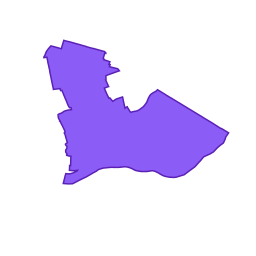 the district of Borcea, Calarasi, Romania, rotated 14°
{"feature_id": "2599482B41605099855928", "entity_name": "Borcea", "entity_type": "district", "adm_level": 2, "iso_a3": "ROU", "parent_name": "Romania", "parent_adm1": "Calarasi", "projection": "natural_earth1", "projection_center": [27.773, 44.309], "detail": "fine", "context": "isolated", "style": "filled", "palette": "violet", "viewbox_px": 256, "rotation_deg": 14, "n_neighbors": 0, "source": "geoboundaries", "source_scale": "gbopen_adm2", "svg_char_len": 5113}
<svg xmlns="http://www.w3.org/2000/svg" viewBox="0 0 256 256"><g transform="rotate(14 128 128)"><path d="M91.9,191.8L92.1,191.6L96.2,188.1L98.9,185.9L99.4,185.5L99.7,185.2L100.6,184.3L103.2,181.8L104.2,180.8L105.0,180.0L107.8,177.5L109.0,175.9L110.1,175.0L113.6,172.9L120.9,170.3L128.1,168.6L134.5,166.3L137.2,166.0L139.2,166.1L141.9,166.5L145.0,167.3L145.3,167.3L146.0,167.4L149.4,167.2L151.6,167.0L154.3,166.3L157.0,165.6L162.0,163.5L164.8,163.5L168.6,164.3L169.4,164.6L169.9,164.8L170.7,165.0L172.2,165.4L173.5,165.7L174.3,165.8L175.5,165.9L176.4,165.9L180.0,165.7L180.6,165.6L182.2,165.3L184.3,164.9L186.0,164.3L187.1,163.8L190.9,161.5L193.8,159.8L195.8,157.3L198.1,154.5L202.4,149.3L203.5,147.2L204.0,146.2L205.4,143.6L206.2,142.3L208.0,138.4L208.5,137.6L210.2,136.2L211.1,135.5L213.8,133.4L216.8,130.4L219.2,126.0L219.6,125.4L221.8,122.3L224.1,119.6L224.5,118.0L224.7,116.6L225.0,115.3L225.0,113.7L225.1,112.9L226.8,108.4L226.6,108.3L225.3,107.9L218.9,105.9L218.8,106.1L218.7,106.1L218.2,106.0L216.4,105.4L216.0,105.3L215.7,105.2L215.1,105.0L214.5,104.8L213.9,104.6L213.6,104.4L213.4,104.4L211.6,103.8L211.0,103.6L209.8,103.2L209.4,103.0L208.9,102.9L208.3,102.7L207.9,102.6L207.1,102.3L205.4,101.8L199.8,100.1L198.5,99.7L196.2,98.9L195.8,98.8L185.1,95.5L184.5,95.3L163.6,88.8L163.0,88.6L162.4,88.4L162.1,88.4L161.8,88.3L161.5,88.2L158.6,87.3L158.3,87.3L158.3,87.2L157.8,87.1L157.5,87.0L156.5,86.6L155.2,86.2L154.0,85.8L153.6,85.7L151.8,85.1L151.2,84.9L150.6,84.7L148.8,84.2L147.4,83.7L147.2,84.0L146.4,85.3L145.6,86.2L144.4,87.2L143.6,88.0L142.2,89.6L141.9,90.1L141.3,91.2L141.2,92.0L140.7,93.4L139.9,98.7L138.6,101.9L137.5,104.0L136.7,104.9L134.6,107.5L133.7,108.3L132.0,109.6L130.4,110.2L128.2,111.3L127.0,112.1L125.8,111.4L123.2,108.8L122.6,108.3L122.4,108.0L122.1,107.6L121.6,108.0L121.4,108.1L121.1,108.4L121.0,108.6L120.7,109.0L120.3,109.5L119.9,108.7L119.2,107.3L116.5,101.9L115.5,99.6L115.2,99.2L111.5,101.5L109.7,102.7L109.4,102.9L106.8,105.8L105.1,104.6L103.7,103.7L103.1,103.2L102.2,103.7L100.9,102.1L99.2,100.1L96.6,96.7L95.4,95.0L96.6,94.2L97.5,93.6L98.5,92.9L99.2,92.5L98.8,92.0L98.3,91.4L97.3,90.1L95.4,87.6L94.8,86.9L95.0,86.8L95.0,86.7L94.9,86.2L94.8,85.9L94.6,85.1L94.2,83.8L93.9,82.8L93.9,82.7L95.1,81.7L97.8,79.9L98.5,79.4L99.8,78.5L100.0,78.5L101.2,77.6L104.4,75.5L105.0,75.1L105.5,74.8L105.8,74.6L105.3,74.2L104.5,73.6L103.7,73.0L98.1,73.0L97.1,73.0L95.1,73.0L95.3,70.8L94.1,70.9L94.4,68.1L92.2,67.9L89.0,67.7L88.1,67.6L88.3,67.2L87.9,66.9L87.7,66.7L87.1,66.4L87.4,60.8L88.4,60.9L88.3,60.5L87.7,60.5L87.3,60.0L87.2,60.0L87.1,59.6L86.9,59.5L82.3,59.4L75.1,59.2L74.9,59.2L74.2,59.3L73.6,59.3L69.0,59.2L68.3,59.2L68.0,59.1L67.5,59.0L67.0,59.0L66.5,59.0L63.7,58.9L60.7,58.8L50.4,58.5L49.3,58.5L48.5,58.6L44.5,58.5L44.5,59.1L44.5,59.3L44.4,60.2L44.4,61.5L44.3,61.9L44.3,63.3L44.2,64.3L44.2,67.2L36.3,67.0L33.3,67.0L31.6,70.3L30.5,73.1L30.5,73.3L30.3,73.8L30.2,73.9L30.2,74.0L30.2,74.3L30.1,75.0L30.0,75.5L29.8,77.4L29.8,77.6L29.7,77.9L29.5,78.5L29.3,79.3L29.2,79.5L29.3,79.8L29.4,80.1L30.6,79.6L31.8,79.1L32.2,79.0L32.4,79.5L32.4,79.4L32.8,80.3L33.3,81.2L33.6,81.9L33.7,82.2L34.0,82.8L34.2,83.2L34.5,84.0L35.2,85.3L35.8,86.5L36.0,86.9L36.1,87.2L36.8,88.5L37.3,89.6L37.7,90.3L38.0,90.9L38.7,92.8L39.1,93.6L39.4,94.2L40.3,96.0L40.6,96.6L41.3,98.2L41.7,99.0L42.3,100.3L42.8,101.3L43.2,102.2L43.5,102.7L43.9,103.6L44.2,104.2L44.5,104.8L46.1,108.1L46.2,108.3L46.3,108.6L46.7,108.4L47.7,108.0L49.2,107.5L51.5,106.6L52.6,106.2L52.7,106.5L52.8,106.8L52.9,107.1L53.1,107.3L53.3,107.6L53.6,108.0L54.8,107.5L55.1,108.0L55.9,109.0L56.5,109.8L56.9,110.3L57.9,111.8L59.1,113.3L60.0,114.6L60.6,115.4L60.9,115.7L64.4,120.5L64.6,120.8L64.8,121.0L65.2,121.3L65.7,121.7L65.9,121.9L65.9,122.0L66.0,122.2L66.0,122.3L66.2,122.5L66.3,122.5L67.7,122.1L68.0,122.1L68.4,123.2L68.6,123.6L68.7,123.9L68.1,124.1L67.4,124.4L66.7,124.7L66.0,124.9L65.6,125.1L65.2,125.3L64.2,125.8L63.7,126.1L62.7,126.7L62.3,127.0L61.8,127.4L61.5,127.8L60.8,128.5L60.6,128.8L60.2,129.2L60.0,129.5L59.9,129.6L59.6,129.8L58.1,130.7L57.7,131.0L57.2,131.7L56.9,131.9L56.9,132.0L57.6,134.0L57.9,134.8L58.0,135.0L59.4,136.7L60.1,137.4L60.3,137.5L60.4,137.9L60.3,138.0L60.5,138.1L60.8,138.3L61.2,138.7L61.5,139.1L63.0,140.9L63.4,141.3L64.1,142.1L64.9,143.1L65.1,143.3L66.4,144.9L66.6,145.2L67.8,146.6L67.9,146.8L67.7,147.2L67.4,148.0L67.5,148.0L67.8,148.6L68.1,149.0L68.4,149.5L69.1,150.6L70.0,152.3L70.1,152.5L71.1,154.1L71.3,154.5L72.1,155.9L72.7,156.9L71.8,157.9L71.2,158.8L71.3,159.1L71.9,159.8L73.1,160.6L73.5,161.2L73.5,162.7L73.3,163.3L72.9,164.5L73.0,165.1L73.2,165.7L73.4,166.4L73.8,166.9L75.0,167.7L75.1,168.1L75.2,168.4L75.0,168.8L74.9,169.0L75.0,169.3L77.3,169.5L77.5,169.5L78.1,169.4L79.4,169.2L81.4,178.3L80.4,178.5L80.5,178.8L80.7,179.7L81.4,183.3L84.6,182.8L85.1,182.7L88.0,181.8L89.0,181.5L89.2,181.4L89.3,181.3L89.3,181.5L89.2,181.6L89.1,181.8L88.8,182.0L86.3,184.3L85.8,184.7L84.7,185.4L84.0,185.8L83.3,186.2L82.8,186.4L81.7,186.8L80.6,187.0L80.1,187.1L78.8,187.3L78.7,187.3L78.6,189.2L78.6,191.4L78.6,197.5L80.0,197.3L83.9,196.6L87.7,195.5L90.6,193.0L91.9,191.8Z" fill="#8b5cf6" stroke="#5b21b6" stroke-width="1.5"/></g></svg>